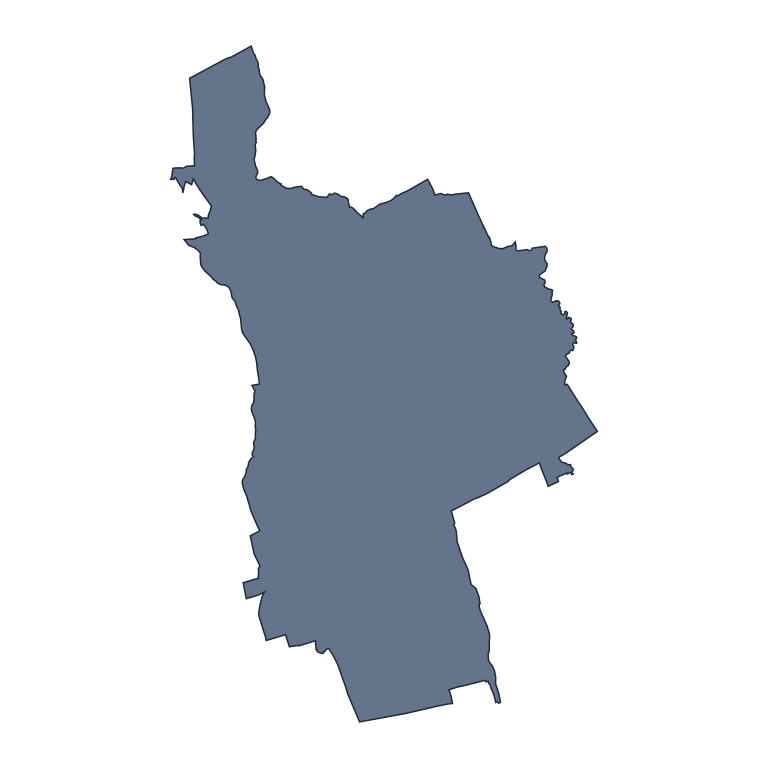 the district of Ipatele, Iasi, Romania
{"feature_id": "2599482B24354712900098", "entity_name": "Ipatele", "entity_type": "district", "adm_level": 2, "iso_a3": "ROU", "parent_name": "Romania", "parent_adm1": "Iasi", "projection": "mercator", "projection_center": [27.426, 46.918], "detail": "fine", "context": "isolated", "style": "filled", "palette": "slate", "viewbox_px": 768, "rotation_deg": 0, "n_neighbors": 0, "source": "geoboundaries", "source_scale": "gbopen_adm2", "svg_char_len": 6110}
<svg xmlns="http://www.w3.org/2000/svg" viewBox="0 0 768 768"><path d="M498.6,703.2L500.2,702.6L500.5,701.9L499.1,695.1L497.5,689.2L495.6,684.1L495.7,677.1L494.5,671.0L492.7,666.6L489.2,661.8L488.5,659.7L488.1,654.3L489.2,650.8L489.4,647.6L489.1,644.8L489.4,643.4L489.2,642.4L489.7,637.0L489.2,632.8L487.7,628.3L487.3,626.0L486.6,625.0L480.2,610.4L479.3,607.4L479.2,604.3L480.1,603.7L478.9,596.5L475.8,588.3L471.1,584.5L468.1,569.9L462.1,556.5L458.1,544.2L457.3,542.9L456.3,531.4L455.3,527.8L453.9,525.5L454.0,524.2L454.7,523.5L454.4,522.1L451.3,511.0L475.3,498.4L476.4,498.4L487.1,493.5L508.2,481.4L509.4,479.9L511.7,478.4L526.1,469.8L539.4,462.9L541.1,468.1L546.8,482.3L548.1,486.3L558.5,481.5L557.0,477.3L566.9,473.0L567.3,474.0L571.2,472.4L571.9,474.6L573.2,473.9L572.3,473.4L571.9,472.2L573.4,469.6L573.4,469.1L571.1,467.0L570.5,464.6L568.0,464.7L565.6,463.0L563.0,462.6L561.2,461.7L560.4,460.2L559.0,458.9L559.2,457.1L565.8,453.2L597.4,431.4L588.9,418.6L581.7,406.8L578.8,402.8L567.4,384.6L566.8,384.2L564.7,384.9L564.7,381.2L566.5,376.2L563.8,372.2L563.5,369.9L565.1,369.3L564.8,368.7L566.0,367.8L566.8,366.2L568.1,365.8L569.3,363.6L569.3,361.9L565.9,356.9L565.6,355.8L566.0,354.8L569.4,352.9L570.0,350.8L570.8,350.1L572.6,350.6L573.3,349.8L573.9,347.0L573.7,345.9L572.7,345.4L572.8,344.0L573.2,343.1L574.0,342.6L576.0,343.4L576.7,343.1L576.8,342.6L575.3,339.7L576.6,338.4L576.6,337.6L576.4,336.9L575.7,336.3L573.1,335.7L571.9,334.7L572.0,333.6L573.6,333.2L574.1,332.2L573.7,331.0L571.5,329.2L571.4,328.8L572.0,327.8L573.1,326.5L573.4,325.1L573.0,324.2L570.3,321.8L571.3,319.7L571.2,318.6L569.2,317.4L568.4,317.7L567.4,319.0L566.2,318.7L566.0,318.4L566.6,317.2L567.4,312.9L566.2,311.4L565.0,311.5L564.7,312.0L564.9,313.2L564.7,313.7L563.4,314.7L562.6,314.7L560.9,313.1L561.5,311.6L560.0,309.9L560.1,307.1L558.2,305.9L559.9,303.7L559.2,301.8L558.2,300.9L555.8,300.8L553.1,302.4L551.2,301.2L550.8,299.9L552.4,294.2L552.0,292.0L552.7,290.6L551.7,289.7L548.9,289.1L544.7,286.9L543.8,284.9L545.1,282.8L544.9,280.2L539.7,277.5L539.3,276.9L539.4,275.3L540.1,274.5L545.6,270.6L545.6,269.2L546.9,266.9L547.2,265.2L546.9,263.1L544.9,260.7L544.6,258.7L544.7,256.7L545.3,254.3L546.8,252.2L547.1,251.1L547.1,249.2L546.7,248.0L545.4,246.3L532.2,248.2L531.5,249.9L529.9,250.6L529.0,250.6L527.3,249.6L517.6,250.9L516.0,249.8L515.7,249.0L516.1,245.9L515.2,241.9L512.8,245.0L510.7,246.1L508.0,246.4L502.7,248.7L498.2,248.4L496.3,247.4L495.1,247.5L493.0,246.4L491.7,245.5L491.1,244.2L490.9,241.9L489.3,237.1L488.7,237.3L478.0,214.5L468.5,192.8L454.3,194.3L451.7,195.0L447.5,194.2L444.8,195.0L440.9,193.5L434.8,195.0L432.8,189.0L427.7,179.3L407.2,191.0L400.9,193.7L398.7,195.5L396.3,195.5L395.2,197.0L391.4,200.3L386.1,202.5L379.7,204.2L373.0,209.0L371.2,208.8L367.8,210.3L366.7,211.1L365.0,213.2L363.3,213.6L363.3,216.3L362.8,217.7L361.9,216.5L357.2,212.6L353.4,208.4L351.1,207.1L349.3,207.1L349.1,204.7L348.2,202.2L348.4,200.7L347.6,198.4L346.6,198.2L344.0,196.5L343.1,196.8L340.6,196.3L339.7,195.3L336.9,193.7L334.3,193.1L333.4,194.1L332.0,194.6L329.4,193.9L327.3,196.9L326.3,197.3L319.1,196.8L311.8,194.6L311.4,194.0L311.7,193.4L311.5,193.0L307.3,189.8L304.1,189.2L303.0,188.3L301.7,186.3L294.6,187.2L290.5,188.6L285.8,188.0L281.4,185.4L281.0,184.9L281.3,184.1L277.6,182.3L277.4,181.7L272.8,177.6L271.1,176.7L264.4,179.3L260.1,180.4L257.1,179.6L255.9,178.3L255.9,177.6L256.2,175.7L257.6,173.4L257.6,170.1L255.5,165.9L254.3,160.1L254.4,158.0L255.0,156.1L255.8,150.2L255.4,147.7L255.3,144.1L256.3,142.4L255.8,140.5L256.2,139.3L255.9,138.7L256.2,138.3L255.8,137.2L255.9,135.1L255.4,134.0L255.5,133.4L255.9,131.4L256.9,129.6L264.0,122.7L264.3,121.7L266.7,118.3L267.3,118.1L269.6,113.6L269.8,110.2L267.0,103.4L266.3,102.5L264.3,94.6L264.7,86.7L264.1,85.6L264.3,84.5L263.6,83.4L263.4,80.2L262.0,78.4L261.9,77.4L260.5,76.1L259.6,73.4L259.2,69.5L258.3,67.3L258.1,62.4L256.2,59.1L255.1,55.2L254.2,54.3L253.4,52.9L251.2,46.1L230.6,57.4L228.7,57.6L223.6,60.0L189.6,78.3L192.6,108.8L193.3,136.2L194.5,152.5L194.2,159.6L194.6,165.7L186.4,166.3L183.5,168.2L179.8,167.8L173.5,168.1L173.0,168.4L171.7,176.9L170.6,179.4L174.0,179.3L174.5,177.6L175.5,177.5L179.5,184.5L182.4,188.6L182.8,193.0L184.4,185.7L185.7,181.5L191.6,184.7L193.1,179.0L200.5,190.8L211.5,206.2L210.5,208.8L210.2,211.4L209.3,212.7L208.1,216.2L208.5,217.4L207.8,218.4L205.7,217.9L202.4,218.2L197.6,214.8L194.2,214.0L193.6,214.6L195.7,216.3L197.1,216.5L201.4,219.6L200.1,220.2L200.1,222.8L201.1,225.5L203.5,224.4L206.8,229.2L208.4,233.9L202.5,236.3L195.7,237.9L195.4,238.8L184.1,239.6L188.9,245.4L194.2,247.5L198.3,250.6L200.4,253.2L200.2,256.1L200.7,264.4L202.1,267.3L205.1,271.2L211.9,277.4L212.7,278.9L215.4,280.7L217.7,283.3L221.2,284.7L225.4,285.2L228.5,287.0L230.2,289.6L231.2,292.2L231.6,295.7L232.3,297.9L235.2,301.7L236.6,306.4L238.6,310.2L239.2,313.9L240.6,318.6L241.6,329.2L242.6,333.0L250.2,343.7L252.8,349.1L255.4,356.4L256.6,362.4L257.4,370.2L259.4,382.8L259.2,384.1L252.0,385.4L255.1,391.4L254.1,393.4L254.0,399.8L253.5,402.7L251.7,405.7L251.4,408.6L251.7,411.4L253.5,415.5L255.5,421.8L255.2,426.8L255.7,429.5L255.3,435.1L255.5,437.3L254.9,439.5L253.5,442.6L254.3,447.9L252.1,453.4L252.2,454.8L253.5,456.5L251.1,458.7L248.7,462.3L248.2,465.7L247.5,467.6L246.5,469.1L246.0,472.6L244.8,476.5L242.9,479.3L242.2,482.2L242.6,484.7L244.3,490.6L246.6,495.8L251.2,511.6L257.4,526.0L259.9,530.8L250.2,535.8L254.2,554.0L259.6,565.3L259.9,566.8L258.8,567.7L258.3,568.8L258.6,571.5L258.3,576.5L258.6,578.1L243.2,582.7L246.3,598.7L258.8,594.9L264.4,591.9L262.7,595.1L261.9,597.3L259.5,607.5L258.7,613.6L259.2,616.9L265.6,637.4L266.2,640.5L285.5,634.7L289.4,646.8L298.2,645.4L298.6,645.9L315.4,640.8L316.1,649.4L316.7,649.4L316.9,651.1L319.0,652.6L322.9,653.4L323.6,653.1L323.6,652.0L325.7,650.6L326.2,649.4L328.7,648.5L333.2,655.7L337.5,664.1L345.7,687.1L347.8,694.2L359.6,721.9L406.9,713.2L435.2,706.6L447.8,704.0L452.5,703.5L451.0,695.8L449.0,689.8L457.6,687.0L463.6,685.8L485.2,680.3L485.7,681.8L488.2,681.1L488.6,683.5L489.9,683.9L491.2,689.1L492.8,692.0L494.1,695.8L495.8,702.5L497.6,701.8L498.6,703.2Z" fill="#64748b" stroke="#1e293b" stroke-width="1.5"/></svg>